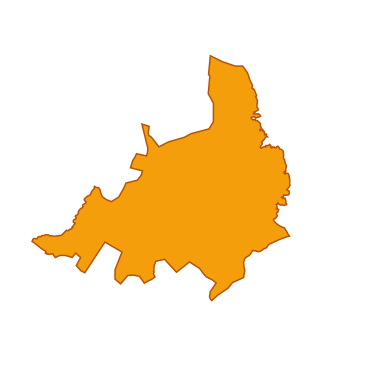 the district of Rano, Kano, Nigeria, rotated 214°
{"feature_id": "59680162B88243538379460", "entity_name": "Rano", "entity_type": "district", "adm_level": 2, "iso_a3": "NGA", "parent_name": "Nigeria", "parent_adm1": "Kano", "projection": "natural_earth1", "projection_center": [8.548, 11.488], "detail": "fine", "context": "isolated", "style": "filled", "palette": "amber", "viewbox_px": 384, "rotation_deg": 214, "n_neighbors": 0, "source": "geoboundaries", "source_scale": "gbopen_adm2", "svg_char_len": 5179}
<svg xmlns="http://www.w3.org/2000/svg" viewBox="0 0 384 384"><g transform="rotate(214 192 192)"><path d="M253.0,315.2L244.0,298.7L242.0,298.0L233.5,282.6L229.5,280.5L223.9,277.6L213.5,262.1L213.2,253.4L214.0,252.9L225.5,239.7L228.9,233.1L239.5,220.4L244.7,210.9L254.2,214.1L257.4,214.9L259.4,214.6L259.5,214.6L261.5,216.8L262.6,219.3L264.3,222.4L271.5,220.3L253.1,203.6L251.2,200.3L249.9,196.5L259.4,192.7L258.8,189.3L258.7,185.0L256.6,177.7L244.8,181.8L243.5,177.7L243.9,171.2L244.0,171.1L246.8,168.1L247.6,167.1L251.8,162.4L250.9,158.7L249.9,147.2L253.3,139.0L258.7,137.8L263.7,137.9L268.1,141.0L269.6,142.5L271.7,143.3L274.5,142.2L276.0,142.2L276.0,141.9L275.2,140.8L274.9,140.2L275.0,139.7L275.0,139.2L275.2,138.6L275.5,137.2L275.5,136.0L275.2,135.1L275.1,134.6L274.9,134.3L274.8,133.9L274.9,133.2L275.0,132.5L275.2,131.9L275.4,131.6L275.7,131.0L276.2,130.3L276.4,129.9L276.6,129.0L276.8,128.5L277.1,127.1L277.3,125.7L277.1,125.4L276.4,124.9L275.3,124.7L274.4,124.4L274.1,124.1L274.0,123.6L274.0,123.1L274.1,122.6L274.5,122.1L274.7,121.7L275.4,120.8L275.1,120.0L274.9,119.5L274.6,119.2L274.3,119.0L274.2,118.5L274.1,118.0L274.2,117.6L274.3,117.3L274.6,116.9L274.8,116.3L275.2,115.9L275.2,114.7L275.3,113.5L275.3,112.4L275.1,111.6L274.6,111.2L274.2,110.4L274.1,109.7L274.3,109.1L274.6,108.6L275.1,107.9L275.2,107.0L275.2,106.6L275.0,106.4L274.6,106.3L273.8,106.0L273.5,105.8L273.4,105.3L273.4,104.5L273.6,104.2L274.0,103.8L274.3,103.4L274.5,103.0L274.3,101.7L273.5,100.7L273.0,100.6L271.9,100.9L271.4,100.8L271.3,100.4L271.4,100.0L271.5,99.5L271.6,99.2L271.5,98.4L271.5,97.9L271.7,97.1L271.7,96.6L271.8,95.9L271.1,95.9L271.2,95.5L271.3,95.0L271.3,94.3L271.6,93.8L271.9,93.4L272.3,93.0L272.5,92.7L272.6,92.1L272.7,91.7L273.0,91.2L273.2,90.6L273.7,90.2L274.3,90.1L274.7,90.1L275.0,88.5L276.0,83.1L280.9,78.7L285.1,76.4L285.7,75.9L286.6,76.2L287.2,76.1L288.2,75.5L288.7,75.3L289.3,74.9L289.6,74.6L290.3,73.2L290.8,72.9L291.9,72.1L292.2,71.5L292.2,70.4L292.6,70.1L293.2,70.0L294.0,69.4L294.4,69.0L294.5,68.5L294.5,67.6L294.2,66.7L295.4,65.9L296.3,65.7L297.0,65.1L297.5,63.9L296.9,61.6L292.5,61.5L285.7,60.9L279.9,61.0L279.5,60.0L279.3,59.3L278.9,59.5L278.7,59.6L278.1,59.5L277.6,59.8L277.4,59.5L276.2,60.2L274.9,61.1L274.0,61.8L273.0,62.9L268.7,61.2L266.1,65.5L261.3,68.7L254.8,70.7L254.2,76.3L247.7,75.4L246.8,66.3L240.3,64.6L235.7,65.1L236.2,101.8L216.5,103.1L212.3,84.5L207.1,76.7L199.9,75.9L198.9,83.6L198.7,86.7L194.1,90.4L188.3,92.7L180.5,89.8L178.4,93.9L176.6,97.0L175.2,100.9L178.0,102.4L178.7,104.4L178.9,104.6L179.1,104.3L179.5,104.6L179.4,105.1L179.9,105.9L180.5,107.0L182.0,109.4L183.3,114.3L181.5,116.2L177.0,120.9L174.8,120.3L160.0,116.8L155.0,132.6L142.9,132.9L137.0,130.7L133.0,129.7L125.7,130.5L121.1,130.1L121.1,119.5L119.0,115.1L116.9,113.5L114.9,113.0L113.0,120.8L108.4,132.3L107.7,139.7L101.4,149.9L104.4,156.6L107.0,158.9L109.8,162.4L111.0,166.1L110.5,168.6L109.8,169.7L108.8,172.7L108.9,173.9L108.9,175.2L109.2,177.3L106.9,178.4L105.9,179.0L104.0,179.4L102.2,180.9L100.8,184.7L99.1,187.4L99.2,191.1L92.7,201.9L88.2,208.1L86.5,209.9L88.7,210.6L90.8,211.9L95.4,213.9L98.5,213.1L101.4,212.9L105.3,213.1L107.0,213.6L108.5,214.0L109.2,215.3L108.0,216.6L108.0,218.3L107.9,219.8L109.1,220.9L110.1,221.7L110.2,222.5L109.6,223.3L110.3,225.9L111.8,226.0L112.6,225.3L112.8,226.8L113.6,227.7L114.5,228.2L115.2,229.1L114.3,229.7L114.7,231.0L112.3,230.4L110.7,231.0L109.9,232.0L108.3,232.2L106.5,234.4L107.1,235.1L108.3,235.5L108.8,236.7L109.9,237.8L111.3,238.9L112.8,237.6L113.8,237.6L114.6,237.6L114.5,238.1L113.4,238.5L113.7,239.5L114.5,240.7L112.8,241.4L112.1,242.3L110.7,243.1L110.4,244.8L111.2,246.3L112.6,247.3L113.7,246.8L114.7,246.8L114.6,247.8L114.4,250.3L114.3,251.2L114.5,252.4L115.2,253.0L116.3,254.4L117.1,255.9L118.8,257.9L120.4,259.6L121.7,260.7L122.9,261.1L123.6,260.6L124.6,260.2L125.0,259.0L125.7,258.9L125.8,260.0L126.9,259.8L126.8,260.7L125.8,261.5L127.2,263.7L128.1,266.2L129.7,267.4L130.9,268.1L131.9,269.0L133.1,270.4L134.5,270.9L135.9,272.2L136.3,273.5L137.3,274.4L138.5,276.2L140.1,277.2L142.1,277.2L143.4,276.6L144.2,277.2L145.8,278.0L146.5,278.0L147.2,276.5L147.0,275.6L148.1,275.1L149.1,275.3L149.6,274.3L150.4,274.4L150.6,273.0L151.2,273.1L151.8,273.3L152.2,274.3L153.0,274.6L154.3,274.9L154.9,273.0L156.8,271.7L156.2,270.5L157.3,270.0L158.5,268.6L159.0,267.0L160.3,267.1L160.7,268.7L160.6,270.4L161.0,271.9L162.3,272.2L162.3,273.0L161.7,273.9L161.9,274.8L161.5,276.1L161.7,277.7L161.4,279.2L160.3,280.0L162.1,280.3L162.3,281.2L163.3,281.5L163.7,280.3L164.6,280.7L165.1,281.4L165.6,282.5L166.5,282.6L167.3,282.1L167.7,283.0L168.6,283.5L169.1,282.7L169.7,280.9L170.6,281.2L170.3,283.3L170.7,284.2L172.1,284.9L173.7,287.1L178.0,287.7L179.1,286.8L180.4,287.6L181.6,285.9L183.1,286.1L184.2,286.3L184.4,287.2L183.1,288.8L181.8,289.3L180.7,289.0L179.8,289.8L177.5,293.2L178.6,293.8L180.6,294.0L182.9,292.2L184.8,291.1L185.3,292.9L184.3,292.8L184.4,294.2L183.7,295.6L183.0,296.7L183.4,297.8L185.8,298.8L186.8,300.5L187.7,302.4L189.0,304.6L192.6,306.6L192.3,308.0L195.6,310.3L197.8,311.8L200.5,311.6L201.3,314.0L206.7,317.3L212.7,321.9L220.4,324.7L226.7,320.5L239.7,317.0L253.0,315.2Z" fill="#f59e0b" stroke="#b45309" stroke-width="1.5"/></g></svg>